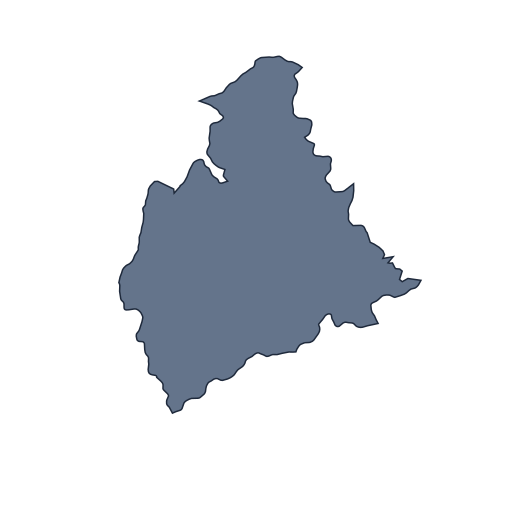 the District of Pomoravski, rotated 130°
{"feature_id": "SRB-832", "entity_name": "Pomoravski", "entity_type": "District", "adm_level": 1, "iso_a3": "SRB", "parent_name": "Republic of Serbia", "parent_adm1": "", "projection": "robinson", "projection_center": [21.332, 43.988], "detail": "fine", "context": "isolated", "style": "filled", "palette": "slate", "viewbox_px": 512, "rotation_deg": 130, "n_neighbors": 0, "source": "natural_earth", "source_scale": "10m", "svg_char_len": 6147}
<svg xmlns="http://www.w3.org/2000/svg" viewBox="0 0 512 512"><g transform="rotate(130 256 256)"><path d="M100.5,379.4L95.1,373.8L93.4,371.3L92.3,370.1L89.4,367.9L88.1,366.6L87.6,365.2L87.4,364.0L87.2,360.1L86.8,357.6L86.2,356.1L84.7,354.2L83.9,352.7L82.3,346.7L81.9,341.8L87.0,342.0L88.5,342.2L91.8,343.1L93.2,342.7L94.0,341.9L94.4,341.2L95.2,338.4L95.9,336.7L96.8,335.4L98.1,334.2L100.3,332.8L103.9,330.8L105.7,330.1L109.1,329.8L110.3,329.4L113.8,327.6L115.9,326.2L119.7,321.7L122.7,319.3L123.2,317.9L123.4,316.7L123.4,314.1L123.2,312.8L122.8,311.7L120.3,308.2L118.8,306.4L118.0,305.0L117.0,301.6L117.1,300.7L117.5,299.7L118.2,298.9L119.7,297.5L123.7,295.6L126.0,294.3L126.9,294.0L127.9,293.8L130.1,293.9L133.8,295.1L134.4,292.6L134.5,290.5L134.3,289.3L132.8,284.3L132.7,283.7L132.9,283.1L133.6,282.5L137.0,281.1L139.6,279.4L140.2,278.8L141.0,277.4L141.1,276.4L141.0,275.4L140.4,274.0L138.5,271.4L137.0,268.6L133.5,265.1L133.1,264.5L132.8,263.7L132.7,262.7L132.8,261.8L133.3,260.8L134.0,260.0L134.9,259.4L137.6,258.2L140.8,255.1L141.8,254.4L143.4,253.9L148.5,254.1L149.6,254.0L151.1,253.5L151.8,253.2L152.5,252.5L153.8,250.3L154.1,248.3L153.9,245.9L154.0,245.0L154.5,244.0L156.3,241.2L156.6,240.2L156.6,238.1L156.4,237.1L155.8,236.1L151.3,231.4L150.4,230.7L148.9,230.1L137.9,227.7L143.2,223.1L148.6,219.5L151.9,218.1L155.4,217.3L159.3,216.1L161.8,214.7L162.7,214.0L164.5,211.9L168.0,209.2L168.6,208.6L169.1,207.9L169.8,206.0L170.4,201.3L165.5,195.8L164.9,195.0L164.5,194.0L164.3,192.8L164.5,191.6L164.9,190.6L166.4,187.6L166.6,186.9L166.7,185.9L172.1,177.3L171.0,173.2L170.2,167.2L170.5,162.0L172.4,158.4L176.4,157.3L168.4,150.5L176.4,150.5L175.5,148.8L173.6,147.0L175.4,142.9L176.0,141.1L175.3,139.9L173.6,137.5L173.6,134.3L181.7,131.0L181.7,127.5L175.6,125.2L168.6,114.0L173.7,113.0L175.6,113.0L177.0,113.2L178.3,113.6L181.7,116.0L183.9,116.6L187.6,117.1L189.8,117.8L193.5,119.9L198.0,122.8L198.5,123.2L198.9,124.1L199.9,128.1L200.5,129.1L202.0,131.0L204.3,133.0L205.9,133.7L210.9,134.3L213.1,134.8L216.9,136.6L218.0,136.9L218.7,136.9L219.9,136.4L222.9,133.3L223.9,131.9L224.7,130.5L225.7,126.7L227.5,123.2L229.2,119.1L237.7,125.7L241.9,128.5L242.9,129.4L243.7,130.3L244.6,131.8L245.1,133.2L245.3,134.2L245.0,137.6L245.2,138.6L245.7,139.6L247.7,142.4L249.0,144.7L249.9,145.5L251.2,146.2L256.3,147.1L257.2,147.7L257.8,148.4L258.1,149.2L258.2,150.1L258.1,151.1L256.7,153.8L255.5,156.8L254.9,157.9L252.9,160.2L252.6,161.0L252.8,161.8L253.4,162.9L254.0,163.4L255.4,164.2L257.3,164.6L261.7,164.2L267.8,164.2L268.2,164.0L268.8,163.2L269.7,161.5L270.3,160.9L271.2,160.0L273.1,158.9L275.6,158.3L283.2,157.7L285.1,158.0L287.4,159.1L288.3,159.9L290.7,162.5L291.7,163.3L295.2,165.1L297.0,165.3L299.1,165.1L301.5,164.7L303.8,163.8L305.8,165.9L308.4,169.1L313.7,173.4L318.0,176.5L320.7,179.8L321.7,180.5L324.1,181.7L325.3,182.5L326.0,183.3L326.3,183.9L326.9,186.7L328.0,189.8L328.4,191.4L328.8,192.1L329.4,192.7L330.8,193.5L332.6,194.0L335.6,194.5L339.6,196.2L341.7,196.7L343.2,196.5L345.3,195.6L346.8,195.3L348.3,195.2L349.8,195.4L354.1,196.6L355.3,196.8L357.6,196.7L360.4,196.4L361.6,196.4L363.6,196.8L365.6,197.4L368.4,198.7L372.8,201.7L373.8,203.2L374.7,206.7L375.8,208.1L377.5,209.2L380.5,210.0L382.6,210.9L384.2,211.1L387.2,210.5L389.5,209.4L392.3,207.6L393.9,207.1L395.1,207.0L398.9,207.6L400.8,208.0L401.5,208.4L402.3,209.1L406.6,213.9L408.6,215.1L411.2,216.2L413.0,216.7L414.9,216.7L420.4,214.6L421.6,214.5L422.7,214.8L426.7,217.3L430.1,219.0L427.6,225.2L427.4,227.6L427.1,228.6L426.6,229.5L424.8,231.1L423.8,231.7L419.5,233.0L418.9,233.7L418.4,235.1L418.0,240.4L417.8,241.3L417.3,242.1L414.3,244.5L413.7,245.5L413.3,246.4L413.0,248.5L412.8,254.1L412.2,254.5L411.9,255.3L412.1,256.3L413.7,259.1L414.4,260.8L414.5,262.4L413.8,264.0L412.2,265.7L407.8,268.6L405.9,270.6L403.7,272.3L402.9,273.1L402.3,274.4L402.0,276.7L401.6,277.8L401.0,279.0L399.2,281.1L394.8,285.2L394.4,286.1L394.3,287.2L394.8,288.2L396.6,290.7L396.8,291.4L396.9,292.3L396.8,293.0L396.2,294.0L394.4,296.2L392.8,297.3L392.1,297.5L388.8,297.6L387.3,298.0L379.4,301.2L376.3,302.9L375.6,303.4L374.8,304.6L373.6,307.3L373.3,308.4L373.1,311.0L373.3,312.3L373.6,313.5L374.3,314.6L374.8,315.2L379.0,318.9L380.8,320.8L381.2,321.8L381.2,322.6L380.7,323.5L380.0,324.2L377.9,326.0L377.2,326.7L376.8,327.5L376.5,328.4L376.4,330.6L375.8,332.0L370.7,337.8L366.2,341.3L365.1,342.6L364.6,343.9L359.5,346.6L355.5,348.0L352.4,349.3L351.2,349.5L350.0,349.6L347.5,349.4L346.4,349.2L343.3,347.9L342.1,347.7L339.7,347.5L337.4,347.9L334.3,349.0L333.1,349.3L327.5,350.0L326.8,350.2L324.9,351.9L323.9,352.5L321.2,353.8L320.2,354.5L316.7,357.5L315.1,358.2L312.0,359.2L307.5,361.9L302.7,364.1L300.3,365.7L295.6,369.3L294.1,371.4L292.6,373.0L291.8,373.4L291.0,373.5L289.5,373.4L287.9,373.6L284.7,375.9L281.9,376.8L278.5,378.3L277.2,379.0L274.6,380.9L273.4,381.4L270.3,382.0L264.2,381.6L261.9,379.2L257.6,362.1L260.5,359.1L251.5,358.9L250.9,359.3L247.8,358.6L245.1,358.6L239.6,359.7L232.7,362.2L225.6,363.7L224.5,363.8L222.6,363.4L220.2,362.4L218.3,361.2L217.5,360.3L216.9,359.1L216.8,358.2L217.3,356.7L218.7,354.9L219.4,353.5L219.6,351.5L219.2,349.5L219.1,348.5L219.4,347.6L222.1,342.1L222.3,341.1L222.4,339.0L221.9,335.5L222.2,333.9L223.4,331.7L223.4,331.3L223.0,330.1L222.5,329.4L221.5,328.6L216.9,325.8L216.0,331.4L215.7,332.4L214.9,333.0L209.7,335.4L211.8,340.9L212.1,342.2L212.3,344.9L212.3,347.5L211.9,350.0L210.3,353.7L209.5,358.0L209.2,359.0L208.5,359.9L207.6,360.7L205.2,361.8L201.3,362.7L199.5,363.6L197.5,366.0L195.8,367.7L190.0,371.3L186.8,374.0L186.0,374.5L185.1,374.7L183.8,374.8L181.9,374.2L181.2,373.8L178.3,371.3L176.1,370.4L172.3,369.6L171.0,369.9L170.5,370.5L170.1,371.3L170.0,372.3L170.2,374.6L170.1,375.5L169.2,377.6L168.8,379.2L168.9,381.3L169.4,383.7L169.5,386.3L169.7,387.8L170.5,390.5L173.7,399.0L163.5,393.9L162.0,392.9L160.1,391.0L159.2,390.4L155.5,388.6L153.2,387.0L152.5,386.7L150.6,386.4L146.1,386.9L141.6,386.7L140.0,386.3L136.5,384.3L135.7,384.0L133.5,383.6L127.7,383.4L125.0,383.0L121.9,381.8L116.1,380.5L114.0,379.6L112.9,379.3L111.5,379.5L109.5,380.4L108.0,381.4L106.9,381.8L103.6,380.9L101.4,380.0L100.5,379.4Z" fill="#64748b" stroke="#1e293b" stroke-width="1.5"/></g></svg>